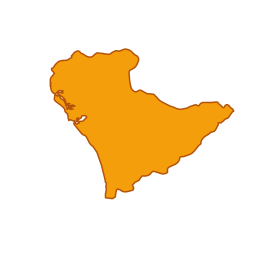 Sergipe, Robinson projection, rotated 111°
{"feature_id": "BRA-629", "entity_name": "Sergipe", "entity_type": "State", "adm_level": 1, "iso_a3": "BRA", "parent_name": "Brazil", "parent_adm1": "", "projection": "robinson", "projection_center": [-37.484, -10.548], "detail": "fine", "context": "isolated", "style": "filled", "palette": "amber", "viewbox_px": 256, "rotation_deg": 111, "n_neighbors": 0, "source": "natural_earth", "source_scale": "10m", "svg_char_len": 4315}
<svg xmlns="http://www.w3.org/2000/svg" viewBox="0 0 256 256"><g transform="rotate(111 128 128)"><path d="M201.2,123.9L200.1,124.5L197.2,125.5L194.9,125.8L193.4,126.2L192.2,126.7L190.8,127.6L187.7,128.2L187.3,128.5L186.5,129.8L186.1,130.1L185.0,130.5L172.4,139.3L161.7,148.4L157.8,154.2L156.9,156.8L155.7,158.7L151.6,163.2L150.8,164.4L150.4,165.8L150.4,167.7L150.0,169.0L144.1,179.4L143.0,180.4L142.2,180.0L142.3,179.1L142.6,178.1L142.7,177.3L142.3,176.7L141.9,176.6L141.4,176.3L141.1,175.5L140.5,175.5L140.0,176.8L139.2,175.7L138.0,172.9L137.5,172.5L134.2,171.0L133.4,170.8L133.2,170.4L132.6,170.5L132.1,171.1L131.8,172.0L132.0,172.8L132.4,173.8L132.9,174.8L133.4,175.5L133.9,175.6L134.5,175.4L135.1,175.3L135.9,175.8L136.5,176.3L137.2,176.8L138.3,177.3L138.3,177.9L136.9,177.3L136.4,177.8L136.7,178.6L137.7,179.2L138.5,179.0L138.8,178.5L139.0,178.0L139.4,177.9L140.2,178.3L140.8,178.9L140.9,179.5L140.5,180.4L141.0,181.3L140.9,184.4L141.6,186.0L141.6,185.4L142.1,186.0L140.2,187.4L138.1,188.5L136.3,189.8L135.6,191.9L135.2,192.6L134.4,193.2L133.5,193.7L132.9,194.1L132.5,194.8L131.2,197.7L128.8,205.8L127.7,207.1L124.1,208.0L123.1,207.7L122.9,207.0L123.4,206.1L123.4,205.4L121.9,205.2L124.2,201.8L124.6,200.8L125.1,198.4L125.4,197.6L126.3,196.5L129.6,193.5L130.5,192.4L130.8,192.0L132.3,191.6L131.2,190.5L131.0,187.9L130.1,186.6L129.8,188.9L129.8,190.0L130.1,191.0L129.6,191.0L128.2,187.9L127.2,186.3L126.6,185.7L126.3,187.5L128.5,191.6L128.6,193.5L128.0,192.8L126.3,191.6L126.4,192.7L126.8,193.3L127.2,193.7L127.4,194.4L127.2,195.3L126.7,195.5L125.9,195.6L125.2,195.9L124.4,196.8L123.7,197.7L122.5,200.3L121.5,204.9L120.9,205.8L119.8,205.7L119.2,204.2L118.7,200.8L118.5,202.0L118.0,202.6L117.3,202.4L116.5,201.5L117.3,204.5L117.8,205.6L118.7,206.5L122.0,207.9L122.5,208.7L121.6,211.6L119.6,213.7L117.1,215.0L114.8,215.8L115.5,216.0L110.7,217.9L108.4,218.0L103.5,216.3L102.2,218.2L101.5,219.7L100.5,220.5L99.8,220.6L98.6,219.4L95.0,218.6L93.3,217.9L90.6,216.5L88.8,214.0L87.7,211.8L87.0,210.0L86.4,209.0L85.6,208.4L84.7,207.8L83.6,207.0L82.8,206.1L82.1,205.8L81.6,206.1L81.2,206.6L80.6,206.6L80.2,206.2L79.4,205.9L76.8,205.2L75.2,203.9L74.5,203.1L74.0,202.2L73.9,201.4L74.0,200.6L74.4,200.0L75.1,198.3L75.0,196.7L75.7,193.5L75.9,191.7L75.9,190.5L75.4,188.9L74.9,187.9L74.5,187.2L74.2,186.9L73.4,186.5L71.2,185.4L69.3,184.2L68.8,183.4L68.1,180.3L67.5,178.6L67.1,175.9L66.2,172.8L65.6,171.5L64.9,170.9L64.0,170.5L62.5,169.3L62.1,168.9L60.3,167.2L59.9,166.2L59.4,163.7L58.0,162.1L57.1,161.3L55.8,159.7L55.2,158.5L54.9,157.4L54.8,154.9L54.9,153.9L55.1,152.9L57.2,147.8L57.6,145.2L58.0,144.6L58.4,143.9L59.1,143.2L60.0,142.7L60.9,142.4L61.9,142.3L65.6,142.4L67.4,142.8L68.2,143.0L69.9,143.9L73.4,146.8L74.1,147.1L74.6,147.2L76.6,146.6L84.6,142.7L89.0,139.8L90.1,138.7L90.9,137.6L91.3,136.5L91.7,135.2L91.5,134.2L91.2,133.4L90.8,132.7L89.2,131.6L88.7,130.9L88.3,130.0L88.2,129.0L88.3,128.2L88.8,125.2L89.1,122.5L87.4,116.7L87.5,115.7L87.9,114.6L88.4,113.8L89.2,111.7L89.7,111.0L90.3,110.0L90.8,108.6L91.5,106.0L92.4,97.3L92.3,93.4L92.4,88.6L92.2,87.3L91.8,85.7L88.5,80.4L87.9,79.6L87.3,79.1L86.3,78.4L82.4,73.8L82.0,72.9L82.0,72.0L82.1,71.2L82.1,70.3L81.7,69.8L79.9,69.3L78.9,68.9L77.8,67.8L77.2,66.9L74.2,59.0L72.3,55.4L71.9,54.4L71.9,53.5L72.2,52.8L72.7,52.1L73.1,51.4L73.9,48.7L74.8,47.1L74.9,46.4L74.6,45.9L74.2,45.7L72.7,45.4L71.9,45.2L71.0,44.5L70.7,43.6L70.7,42.6L71.0,41.7L71.4,40.9L72.3,39.4L72.5,38.6L72.8,37.2L73.0,36.8L73.4,36.3L74.5,35.4L75.5,36.3L82.6,38.1L83.7,39.1L84.9,40.4L87.4,41.6L89.9,43.1L90.8,45.6L92.7,44.9L98.2,45.6L100.1,46.2L102.4,49.2L104.7,50.4L108.9,53.6L110.6,54.3L112.7,54.9L114.7,54.9L116.6,54.3L119.2,55.8L125.5,57.7L128.6,59.2L130.3,60.6L134.3,65.2L134.8,65.9L135.5,67.6L135.9,68.3L136.9,69.0L137.7,69.0L138.6,68.7L139.5,68.6L142.5,69.3L144.6,70.6L149.3,75.2L150.7,76.2L152.3,76.5L153.9,75.7L155.4,75.3L156.8,76.4L158.0,78.1L158.6,79.7L159.1,87.5L159.5,89.1L160.5,89.9L163.5,90.9L164.6,91.9L165.9,93.4L166.9,95.2L167.3,96.8L168.0,97.7L169.7,98.3L172.8,99.0L173.8,99.7L175.9,101.8L178.9,103.2L179.6,103.4L180.1,103.1L181.5,101.5L183.2,100.9L184.3,101.3L187.1,105.0L188.1,106.6L188.8,108.4L189.2,110.2L188.6,113.6L188.6,115.5L189.4,116.4L192.2,116.3L196.8,115.2L197.5,115.6L199.3,117.0L199.7,117.8L200.6,121.9L201.2,123.9Z" fill="#f59e0b" stroke="#b45309" stroke-width="1.5"/></g></svg>